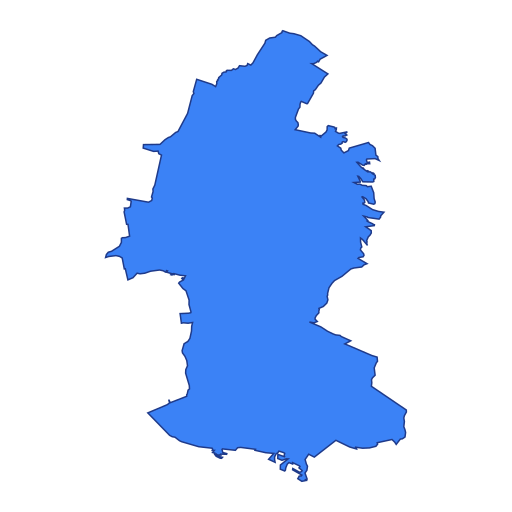 the district of Cungrea, Olt, Romania
{"feature_id": "2599482B31461522187781", "entity_name": "Cungrea", "entity_type": "district", "adm_level": 2, "iso_a3": "ROU", "parent_name": "Romania", "parent_adm1": "Olt", "projection": "robinson", "projection_center": [24.401, 44.69], "detail": "fine", "context": "isolated", "style": "filled", "palette": "blue", "viewbox_px": 512, "rotation_deg": 0, "n_neighbors": 0, "source": "geoboundaries", "source_scale": "gbopen_adm2", "svg_char_len": 6072}
<svg xmlns="http://www.w3.org/2000/svg" viewBox="0 0 512 512"><path d="M396.2,444.4L400.3,439.1L402.4,438.8L405.0,437.0L405.6,432.5L404.9,429.5L403.8,426.7L404.4,421.5L403.8,418.0L404.4,415.6L406.4,412.0L406.3,410.0L371.4,386.3L371.8,382.8L371.5,379.7L372.4,377.9L375.1,375.2L374.2,367.9L376.3,362.8L377.5,361.3L377.1,357.1L371.8,355.5L344.8,343.9L350.7,340.8L341.2,336.5L340.0,335.4L335.6,334.9L332.8,333.8L327.6,331.3L320.9,326.9L309.4,322.0L314.0,322.8L317.3,321.5L315.1,319.2L315.1,317.9L316.3,315.6L318.9,312.8L318.8,311.1L319.3,309.6L318.9,308.4L323.3,306.5L326.8,303.1L327.9,299.8L327.1,296.2L327.7,295.1L327.6,293.4L329.0,287.7L332.0,283.3L334.6,280.5L342.0,276.3L350.8,269.0L353.9,268.0L361.7,267.0L364.1,264.8L367.0,263.7L358.0,258.4L358.9,257.5L363.1,256.8L364.0,255.3L363.6,253.7L360.4,249.9L360.8,247.9L361.8,247.0L360.6,242.2L360.5,238.0L362.5,239.5L367.5,245.4L366.8,244.1L367.0,241.4L366.6,240.7L368.3,236.8L369.9,235.3L371.3,233.0L371.2,230.6L365.7,226.8L374.3,225.6L374.4,224.7L373.3,224.6L372.9,223.9L367.9,221.6L367.1,221.0L367.8,220.5L363.7,216.1L367.4,217.0L367.8,217.5L379.1,219.1L380.6,217.1L380.7,215.8L383.9,212.2L378.4,211.4L372.5,209.6L366.1,205.5L363.1,204.3L362.9,203.7L362.9,203.1L364.2,203.0L364.8,202.4L364.4,200.0L362.0,197.0L362.6,196.7L366.0,198.7L368.2,201.7L368.5,203.0L373.7,204.2L374.9,203.6L375.2,202.0L374.1,198.6L373.7,192.7L371.2,186.2L367.4,186.7L366.2,185.6L362.2,185.3L359.8,184.1L357.4,184.3L353.9,182.5L360.2,182.1L360.2,181.2L357.8,176.2L358.8,176.4L360.8,178.6L362.8,181.8L372.6,182.0L373.8,181.5L373.7,179.1L374.6,179.0L375.4,177.6L375.2,175.3L373.4,174.2L373.9,173.5L372.9,172.9L372.5,173.6L370.5,171.9L368.1,171.8L368.4,171.1L367.3,170.7L367.0,171.4L363.3,168.8L363.6,168.5L363.0,167.9L362.6,168.3L361.1,167.1L356.8,162.3L358.0,162.2L362.6,165.1L364.2,165.4L364.7,164.5L365.4,164.4L365.1,164.2L365.4,163.7L369.7,163.7L369.5,162.1L367.2,162.6L366.4,159.9L366.9,159.0L375.1,158.6L379.2,160.5L378.0,158.7L377.8,156.6L375.9,155.1L375.1,148.3L372.5,145.7L369.9,144.4L368.5,142.5L349.3,148.1L348.4,150.6L343.9,152.9L341.2,150.1L340.8,148.2L337.4,145.9L338.7,144.5L340.8,144.1L342.2,143.1L342.1,142.3L342.4,141.9L343.3,141.6L345.2,142.3L346.4,141.6L347.1,140.0L346.9,139.1L345.4,138.0L343.0,137.4L342.5,136.7L343.1,135.9L345.1,135.9L346.8,135.0L345.1,133.7L347.3,131.8L339.7,133.4L338.5,133.2L335.5,131.4L336.3,129.6L336.4,128.1L335.1,128.6L334.9,127.5L334.0,127.0L328.3,125.6L327.2,126.6L327.1,129.9L326.0,132.0L321.5,135.8L319.3,135.4L320.8,136.3L320.7,137.2L314.7,133.2L310.7,133.0L295.2,129.7L298.1,126.1L298.3,124.8L297.9,122.6L296.3,121.0L295.4,119.3L295.4,117.4L298.5,109.0L299.9,107.2L300.0,104.3L300.7,102.1L301.3,101.4L306.7,103.7L307.5,103.6L313.4,93.3L313.7,90.8L315.3,89.7L318.4,85.2L320.9,83.1L324.4,77.1L327.9,73.9L311.8,63.7L313.3,63.7L315.2,63.0L316.7,62.3L317.5,61.2L318.6,61.8L320.1,59.2L327.0,55.4L320.6,51.7L314.6,46.1L312.4,44.7L309.4,41.5L300.8,35.7L293.9,33.7L289.8,33.2L282.8,30.7L282.1,31.3L281.9,32.6L276.7,35.6L275.4,37.2L269.7,38.0L265.7,40.3L264.9,43.2L257.4,54.7L253.0,62.8L250.8,65.1L247.7,63.6L247.1,65.4L245.0,66.3L239.5,65.7L238.0,68.1L235.5,69.5L233.4,68.8L231.4,70.4L227.1,70.3L226.4,70.7L226.5,71.5L226.1,71.9L223.8,72.2L222.0,73.3L221.7,75.0L218.7,77.6L218.7,78.4L217.5,80.1L217.8,80.5L216.7,81.6L216.8,83.7L215.6,86.6L211.9,84.3L196.7,79.3L193.3,91.6L193.9,93.5L192.2,95.6L187.6,113.4L178.0,131.5L175.6,132.5L170.5,136.8L168.4,137.5L165.0,139.7L160.0,144.4L143.5,144.6L143.2,148.1L153.6,151.4L158.1,151.1L158.8,153.7L161.5,155.1L154.8,185.1L152.9,189.0L153.1,191.5L151.5,197.0L152.3,198.1L151.7,200.5L148.5,202.2L127.4,198.4L127.3,199.6L130.7,200.7L131.2,201.3L130.4,206.8L127.6,208.1L124.4,208.1L124.7,210.3L124.1,211.9L126.6,224.3L128.0,224.4L129.6,236.2L125.4,237.6L122.5,237.7L121.4,238.3L121.4,242.4L119.4,246.3L111.5,251.3L108.3,252.2L106.4,254.5L105.6,257.5L108.7,256.5L116.0,255.6L119.6,256.4L122.2,258.0L124.3,268.9L125.3,268.7L127.9,279.9L133.0,277.7L137.1,273.2L140.0,273.8L144.8,273.2L150.6,271.2L159.6,270.0L163.3,270.8L165.5,272.1L166.5,272.2L166.6,271.7L166.2,271.6L166.5,270.6L167.5,270.9L166.6,272.2L171.9,273.7L170.9,274.7L171.9,275.0L172.3,274.2L171.9,273.8L173.2,273.7L173.2,274.6L174.3,274.6L174.3,273.7L180.0,275.2L185.5,275.8L184.4,278.1L182.6,277.8L181.8,278.4L182.4,279.1L183.3,278.6L183.0,278.2L184.2,278.3L183.5,279.9L179.5,282.1L178.7,283.2L182.9,288.5L186.0,290.8L189.1,300.1L189.0,304.6L191.0,312.0L190.8,312.7L188.8,313.2L180.1,313.6L181.4,323.2L183.3,322.8L188.1,323.2L192.6,322.5L191.7,326.2L191.5,331.1L189.9,338.4L187.9,341.4L184.1,343.7L182.1,350.7L182.5,352.9L185.0,356.4L186.8,360.6L187.5,365.8L185.8,369.6L185.6,373.1L189.3,385.5L189.5,388.9L188.1,390.1L187.2,394.1L186.7,394.7L186.7,396.3L170.3,402.7L168.7,399.6L169.6,402.9L167.2,404.7L147.8,412.9L169.6,435.3L172.2,436.7L175.0,437.2L179.5,440.7L181.6,441.7L198.7,446.7L212.1,448.2L212.7,449.2L212.2,450.4L214.3,450.4L212.6,452.5L214.3,452.9L214.5,454.1L216.2,456.3L220.1,458.2L221.6,458.3L222.5,457.3L217.1,456.1L216.2,455.2L216.5,454.8L216.3,454.1L217.4,454.9L219.5,455.1L220.7,455.1L220.3,454.4L220.6,454.1L226.6,454.3L226.8,453.6L222.8,452.5L222.0,449.5L222.4,448.9L235.4,450.3L237.6,447.7L240.7,447.4L255.5,449.3L255.0,450.3L265.7,452.7L273.8,453.4L268.6,459.3L275.1,462.3L274.6,459.5L274.6,456.9L276.2,453.7L277.8,452.8L278.9,451.1L283.6,452.6L284.7,453.3L284.1,456.0L285.0,456.9L277.9,454.4L277.7,458.5L282.0,460.3L286.4,458.8L288.1,458.9L280.4,465.0L280.3,469.2L284.7,471.0L285.4,470.2L285.8,467.7L287.3,464.1L288.9,462.6L292.6,464.0L292.6,462.6L299.5,465.9L300.0,466.5L299.0,467.9L302.1,470.5L301.7,471.3L300.6,472.0L299.7,472.3L292.8,468.5L292.6,469.8L301.9,475.1L301.4,475.9L299.2,476.1L297.8,478.7L301.8,481.3L305.1,480.7L305.3,479.6L305.7,479.5L306.3,479.9L306.5,481.0L307.1,479.0L305.0,473.0L306.9,470.3L307.5,466.2L306.4,464.1L305.1,459.5L308.7,454.2L314.3,457.1L335.9,440.3L349.7,447.0L356.6,449.0L356.3,448.0L355.0,447.1L362.6,448.2L369.5,447.9L375.9,446.3L377.6,444.2L377.2,442.7L392.0,439.5L394.7,442.1L396.2,444.4Z" fill="#3b82f6" stroke="#1e3a8a" stroke-width="1.5"/></svg>